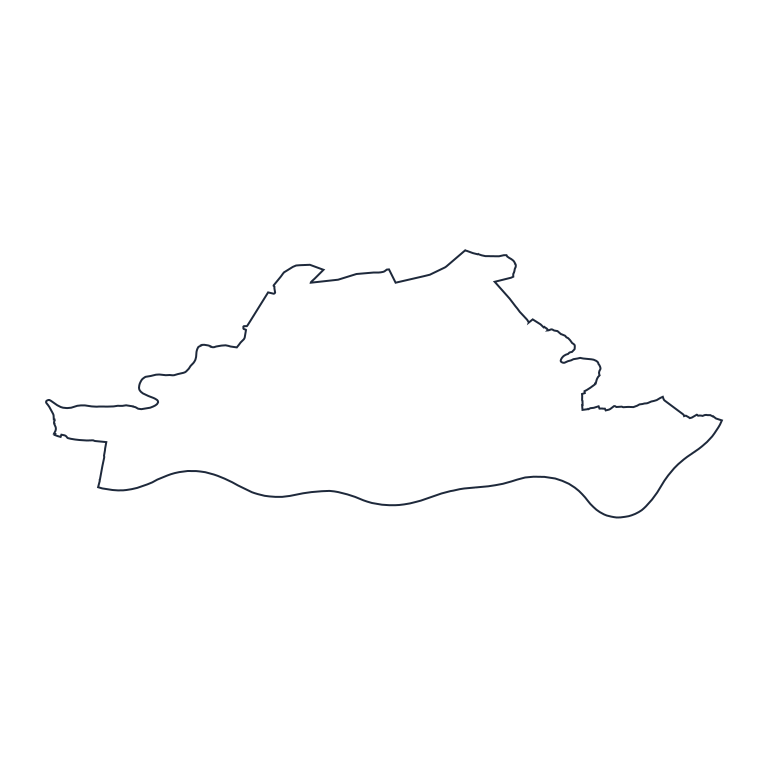 the district of West Betuwe, Gelderland, Netherlands
{"feature_id": "6326949B99540716271776", "entity_name": "West Betuwe", "entity_type": "district", "adm_level": 2, "iso_a3": "NLD", "parent_name": "Netherlands", "parent_adm1": "Gelderland", "projection": "robinson", "projection_center": [5.205, 51.87], "detail": "fine", "context": "isolated", "style": "outline", "palette": "slate", "viewbox_px": 768, "rotation_deg": 0, "n_neighbors": 0, "source": "geoboundaries", "source_scale": "gbopen_adm2", "svg_char_len": 6021}
<svg xmlns="http://www.w3.org/2000/svg" viewBox="0 0 768 768"><path d="M465.0,250.5L446.3,266.5L445.0,267.4L431.1,274.1L429.9,274.7L423.8,276.2L395.6,282.7L389.0,269.4L386.8,269.6L384.4,271.4L383.0,271.9L380.9,272.3L379.0,272.5L374.0,272.5L356.5,274.0L338.1,279.7L310.8,282.7L310.9,282.3L311.3,281.8L312.4,280.7L314.6,278.7L323.5,269.8L309.9,264.8L300.0,265.2L296.1,265.5L292.8,266.9L284.6,272.0L284.4,272.0L283.2,273.3L280.9,276.5L273.7,285.3L273.6,285.6L273.6,285.8L274.4,286.6L274.4,288.3L275.1,292.5L274.8,293.1L274.4,293.5L273.6,293.7L268.1,292.4L250.3,321.0L247.5,325.4L246.9,326.1L244.2,326.1L243.7,326.3L243.4,326.6L243.4,327.9L243.4,328.5L243.6,328.8L243.8,329.0L245.8,329.7L246.0,329.9L244.7,337.6L244.3,338.5L243.8,339.3L240.6,342.5L238.9,344.8L236.8,347.4L230.5,346.5L228.5,345.9L225.6,345.3L221.4,345.6L216.2,346.5L214.0,347.2L212.5,347.2L210.8,346.8L210.9,346.5L209.7,345.9L208.0,345.4L204.2,344.8L201.9,344.9L201.4,345.1L201.6,345.3L198.8,346.7L198.2,347.2L197.4,348.8L196.9,350.2L196.5,351.9L196.1,356.9L195.4,359.7L194.4,361.6L193.4,363.0L190.6,365.9L188.8,368.7L186.2,371.4L185.1,372.2L183.5,372.8L177.8,374.1L174.1,375.2L172.5,375.3L169.7,375.0L165.8,375.2L159.3,374.5L156.0,374.7L150.6,376.0L145.7,376.8L144.7,377.3L142.8,378.7L141.9,379.6L140.9,381.2L139.8,383.5L139.3,385.3L139.0,387.7L139.2,389.1L139.7,390.3L140.9,391.8L142.9,393.4L148.4,396.0L153.6,398.0L155.4,398.9L157.1,400.0L157.4,400.3L157.9,401.1L158.1,402.1L158.0,402.5L157.1,404.0L156.7,404.4L155.2,405.5L153.2,406.5L150.2,407.7L141.7,409.1L140.9,409.1L138.1,408.7L135.5,407.2L133.1,406.6L133.1,406.4L126.1,405.3L122.2,405.9L117.6,405.8L113.7,406.4L107.4,406.6L99.4,406.5L96.7,406.7L91.6,406.4L84.9,405.4L81.0,405.4L77.3,405.8L71.2,407.7L67.1,408.1L63.0,407.7L60.7,407.0L57.2,405.2L50.9,400.8L49.4,400.0L48.3,400.0L46.9,400.6L46.2,401.3L46.1,402.4L46.5,403.2L47.9,404.9L49.3,406.9L51.7,411.3L53.1,413.9L53.5,415.0L53.6,415.7L53.8,419.4L54.5,419.4L54.7,420.4L54.2,421.5L54.0,422.3L54.5,423.6L54.2,423.8L55.7,427.2L55.9,429.0L55.5,430.8L54.0,433.7L55.1,433.9L54.9,434.3L55.1,434.3L54.8,435.0L57.7,436.1L60.6,436.9L61.4,434.7L64.4,435.3L65.4,435.7L66.3,436.4L67.3,437.7L67.9,438.1L70.8,438.8L75.0,439.5L79.3,440.0L87.0,440.5L93.0,440.3L94.9,441.0L106.3,442.1L105.1,448.7L105.0,450.1L104.0,455.8L104.2,456.5L104.2,457.5L102.4,466.0L99.9,479.7L99.7,479.8L99.7,480.3L99.7,481.1L98.1,487.2L102.2,488.4L112.5,490.0L118.0,490.4L123.4,490.3L126.4,490.0L131.5,489.2L137.2,487.9L147.3,484.4L152.2,482.4L157.3,479.6L167.3,475.5L170.9,474.2L174.7,473.1L179.3,472.1L187.7,471.0L196.5,471.1L200.3,471.5L205.3,472.2L213.8,474.5L217.6,475.8L224.5,478.6L232.3,482.3L238.1,485.5L251.9,492.2L254.5,493.1L257.8,494.1L264.6,495.8L269.3,496.4L275.8,496.9L281.9,496.9L290.0,495.9L303.0,493.3L311.4,492.1L322.0,491.2L329.6,490.9L334.3,491.4L338.3,492.1L347.4,494.4L355.1,496.9L363.4,500.3L367.2,501.6L372.0,503.0L381.9,504.7L389.3,505.2L395.1,505.2L399.1,505.0L404.1,504.4L410.0,503.4L416.0,501.9L420.9,500.6L441.4,493.5L450.5,491.1L453.4,490.6L459.6,489.2L464.1,488.5L475.0,487.5L475.1,487.8L475.1,487.5L488.2,486.3L495.4,485.2L502.9,483.8L511.5,481.4L517.2,479.6L525.1,477.5L533.7,476.7L544.5,476.9L555.2,478.5L562.2,480.8L568.9,483.8L574.8,487.6L579.0,491.0L582.2,494.2L585.2,497.5L587.7,500.7L590.3,503.9L593.4,507.0L596.5,509.8L599.8,512.1L604.0,514.4L606.7,515.5L611.2,516.6L613.8,517.1L616.7,517.5L620.5,517.4L625.1,516.8L628.6,516.2L631.6,515.3L635.2,513.9L638.7,512.1L641.7,510.2L643.8,508.4L645.9,506.4L652.0,499.6L657.2,492.5L664.4,480.7L668.2,475.4L674.1,468.3L678.2,464.2L683.7,459.5L687.1,456.9L698.6,449.0L701.8,446.5L707.0,442.0L712.2,436.4L714.4,433.4L718.3,427.5L720.0,424.6L721.9,420.4L716.0,418.5L713.3,416.4L713.1,416.6L712.8,416.5L712.3,416.1L711.3,415.7L710.3,415.1L707.4,415.1L706.1,414.9L704.6,415.1L702.6,415.9L701.8,415.7L699.9,415.5L698.1,415.7L697.7,415.4L697.1,414.8L696.8,414.7L691.8,417.6L689.8,418.1L688.6,417.2L685.9,415.7L684.6,415.9L684.1,416.1L683.8,415.1L683.2,414.4L664.7,400.6L664.0,399.9L663.5,398.9L662.8,396.8L660.4,397.9L656.7,400.1L653.7,401.0L651.3,401.5L648.1,402.9L646.9,403.3L644.4,403.5L642.5,404.0L639.5,404.4L637.2,405.7L633.4,407.1L628.3,406.9L623.3,407.2L622.8,407.1L621.9,406.7L621.1,406.7L616.4,407.0L614.9,406.1L614.2,406.1L613.9,406.2L610.4,408.9L609.5,409.4L608.7,409.7L605.7,410.4L604.9,408.7L602.9,408.7L602.3,408.5L599.5,408.6L598.6,406.3L593.8,407.8L590.3,408.2L588.5,409.2L588.0,408.9L587.6,409.2L582.5,409.9L582.1,405.1L582.6,405.1L582.5,401.4L582.5,400.9L582.2,400.6L582.1,399.8L582.2,396.0L582.0,394.0L584.8,393.1L584.5,391.2L586.8,390.0L590.1,387.9L594.9,384.4L595.0,383.5L595.7,383.5L596.7,379.7L597.2,378.5L598.1,376.9L599.6,375.3L599.3,374.6L599.0,372.8L599.4,371.0L600.4,369.1L600.5,368.2L600.1,366.7L599.4,365.2L598.4,363.8L598.2,362.9L597.9,362.3L597.2,361.6L596.1,360.8L593.6,359.7L591.3,359.3L583.2,358.5L580.1,357.9L577.6,358.5L573.4,359.2L571.2,360.3L567.9,361.2L564.6,362.7L563.8,362.8L562.6,362.6L561.6,362.1L561.1,361.7L560.9,361.5L560.7,360.8L561.0,359.5L561.9,357.9L563.2,356.4L564.1,355.7L565.8,354.7L568.1,353.9L569.4,352.6L570.2,352.3L572.0,351.9L574.5,349.3L574.7,348.4L574.8,346.3L574.7,345.3L574.5,344.9L573.5,343.9L572.2,343.1L570.1,340.2L568.2,338.2L566.4,337.3L565.5,336.2L565.0,335.7L561.4,334.2L561.1,334.2L560.0,333.3L557.5,331.1L554.1,330.5L552.5,329.6L551.8,329.4L551.1,329.4L548.7,330.3L547.7,330.4L548.0,330.1L547.8,329.8L546.8,328.6L546.5,328.6L546.1,328.1L545.3,327.7L544.4,326.9L543.7,327.4L540.6,324.4L532.7,319.4L528.8,322.5L528.9,322.2L528.6,322.1L527.1,319.7L519.8,311.9L517.3,308.5L515.4,306.2L509.6,298.6L494.7,281.8L511.1,277.7L513.3,276.7L513.2,275.0L513.4,273.5L514.0,272.6L514.0,272.2L514.3,271.6L514.8,268.9L515.7,266.9L515.8,265.3L515.6,264.4L515.2,264.0L515.3,263.9L514.5,262.3L513.8,261.2L512.9,260.3L511.3,259.1L509.2,257.9L507.2,256.5L506.5,255.2L503.9,255.2L498.9,256.3L485.3,256.1L481.6,255.3L478.4,254.2L478.2,254.0L477.7,254.3L472.9,253.1L466.6,250.8L465.5,250.6L465.1,250.7L465.0,250.5Z" fill="none" stroke="#1e293b" stroke-width="2"/></svg>